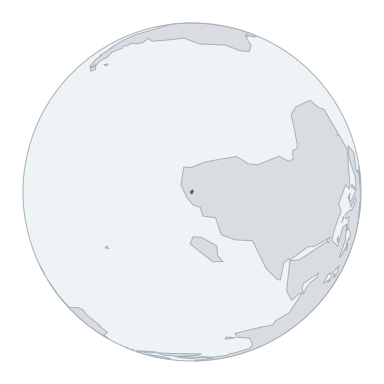 Mafeteng highlighted on a globe, orthographic projection, rotated 103°
{"feature_id": "LSO-3453", "entity_name": "Mafeteng", "entity_type": "District", "adm_level": 1, "iso_a3": "LSO", "parent_name": "Lesotho", "parent_adm1": "", "projection": "orthographic", "projection_center": [27.626, -29.78], "detail": "fine", "context": "on_globe", "style": "filled", "palette": "green", "viewbox_px": 384, "rotation_deg": 103, "n_neighbors": 0, "source": "natural_earth", "source_scale": "10m", "svg_char_len": 5248}
<svg xmlns="http://www.w3.org/2000/svg" viewBox="0 0 384 384"><g transform="rotate(103 192 192)"><circle cx="192" cy="192" r="169" fill="#eef3f6" stroke="#a8b0b8"/><path d="M24.7,168.5L24.7,169.1L26.6,165.2L27.1,169.5L26.5,174.4L27.9,172.7L27.9,175.2L36.0,167.4L42.3,167.9L43.6,177.0L41.3,192.3L46.1,218.3L43.8,234.4L47.8,245.2L54.1,264.5L52.1,269.0L57.5,273.5L60.4,280.1L60.4,283.9L64.5,288.7L64.8,291.4L67.6,292.4L74.1,301.7L79.5,304.7L85.8,311.8L89.3,313.3L89.4,314.4L91.2,316.4L93.4,317.8L91.1,319.2L83.4,314.8L79.1,310.8L79.1,311.9L69.2,302.0L71.6,305.1L59.9,293.6L51.2,281.8L34.5,252.3L32.8,248.4L32.7,248.4L28.7,235.5L25.8,222.3L23.9,209.0L23.1,195.5L23.3,182.0L24.7,168.5ZM97.1,317.8L92.3,319.7L94.0,318.2L90.1,314.1L94.5,313.9L97.1,317.8ZM87.7,306.3L86.1,302.6L87.3,302.6L88.6,305.2L87.7,306.3ZM178.8,23.6L172.8,24.5L167.7,25.2L166.6,25.0L178.8,23.6ZM349.3,130.2L354.6,146.2L355.7,150.3L355.1,152.2L354.5,148.8L348.7,133.4L350.2,142.3L354.7,156.7L356.3,169.3L354.0,161.5L352.1,150.4L350.0,144.6L348.7,136.3L343.4,121.2L341.0,119.4L339.4,114.6L331.8,101.1L327.2,98.5L321.3,102.9L323.4,115.1L320.0,118.2L308.7,95.5L303.3,83.3L299.4,82.2L287.5,69.9L267.6,62.7L264.6,59.7L260.9,59.7L252.5,55.6L247.9,51.3L242.9,50.6L255.2,62.4L260.5,63.5L264.8,60.9L267.2,65.0L275.2,70.6L266.9,77.6L237.0,81.1L233.9,72.1L210.2,49.5L210.8,47.6L210.7,47.3L210.4,46.9L208.4,50.1L204.3,46.5L217.2,60.3L219.4,66.8L236.6,81.6L235.1,82.8L240.5,86.5L257.9,86.2L258.0,89.2L249.9,102.6L225.8,122.0L228.9,139.0L227.0,153.9L211.8,163.3L213.0,176.1L205.1,180.3L204.5,187.9L198.1,196.1L187.5,204.3L169.5,205.7L168.5,198.5L159.7,185.8L147.4,156.8L152.0,142.9L150.5,133.5L137.5,115.4L140.3,104.4L136.8,100.8L129.6,103.4L125.6,99.4L121.2,100.4L93.9,112.8L85.7,110.0L75.9,97.6L80.9,88.8L81.9,81.9L116.2,49.6L123.4,48.0L150.2,39.6L153.6,39.6L150.3,43.9L170.3,46.4L177.0,42.4L195.3,44.7L207.5,45.0L212.1,37.9L192.0,37.1L188.7,34.0L204.9,31.8L222.4,33.8L221.7,32.7L210.7,29.5L214.8,28.5L206.9,28.5L210.1,29.6L205.2,29.8L202.0,28.9L203.6,28.4L198.3,27.9L192.1,31.0L194.6,32.4L180.8,33.4L183.6,36.1L179.8,37.7L173.6,33.9L174.3,32.4L162.5,30.3L160.5,31.8L171.5,34.1L168.0,34.1L165.4,36.9L164.6,34.9L153.2,32.6L140.8,36.1L124.7,46.0L117.5,48.9L111.6,50.1L117.6,43.0L133.1,37.3L135.4,35.4L132.5,35.0L137.5,33.5L138.2,32.9L144.0,31.2L152.5,28.3L158.5,27.1L162.0,25.8L165.6,25.2L162.4,25.9L163.5,26.1L178.4,24.4L181.3,24.0L182.4,23.5L186.4,23.4L185.5,23.2L194.2,23.1L191.7,23.0L203.6,23.4L215.5,24.7L227.2,26.7L238.7,29.6L250.0,33.3L261.1,37.8L271.8,43.0L282.0,49.0L291.9,55.7L301.2,63.1L310.0,71.1L318.3,79.7L325.9,88.9L332.8,98.6L339.0,108.7L344.5,119.3L349.3,130.2ZM104.4,62.0L103.4,64.0L104.4,62.0ZM241.2,40.7L251.6,43.4L246.6,38.7L250.2,39.5L247.1,37.7L246.2,38.3L238.7,34.2L243.0,34.5L241.6,33.2L238.0,32.3L231.3,32.5L241.9,38.2L239.7,39.1L241.2,40.7ZM136.5,32.4L138.2,31.9L135.8,32.8L128.3,35.6L131.6,34.2L135.1,32.9L136.5,32.4ZM144.6,29.8L143.7,30.1L147.2,29.6L145.4,30.5L132.4,34.5L137.7,32.5L135.5,33.1L141.5,30.9L141.9,30.6L144.6,29.8ZM157.5,37.7L160.1,37.5L164.2,36.8L162.6,38.8L157.5,37.7ZM149.5,36.1L151.8,35.5L151.6,37.5L148.9,37.9L149.5,36.1ZM153.3,33.7L152.0,35.3L151.1,34.7L153.3,33.7ZM164.7,25.5L167.2,25.1L167.4,25.2L165.9,25.6L164.7,25.5ZM208.6,38.8L205.0,40.0L203.2,39.2L204.8,39.0L208.6,38.8ZM182.6,38.4L188.5,39.2L182.1,39.0L182.6,38.4ZM265.7,260.4L266.0,263.9L263.8,263.1L265.7,260.4ZM255.3,155.9L243.1,182.1L235.3,181.0L234.2,172.2L238.9,155.8L248.1,152.7L252.7,146.3L255.3,155.9ZM358.6,218.3L358.2,221.9L358.0,222.5L358.6,218.3ZM359.1,212.8L359.0,216.4L358.8,213.7L359.1,212.8ZM358.4,221.3L358.8,217.8L358.6,219.9L358.6,220.1L358.4,221.3ZM359.1,210.6L357.2,198.3L355.9,191.8L356.6,190.3L358.7,198.5L359.1,210.6ZM356.5,189.9L354.0,175.7L347.6,146.3L350.0,149.8L356.1,171.7L355.8,173.3L357.3,183.1L356.5,189.9ZM361.0,193.0L360.9,194.2L360.5,200.1L359.9,192.8L359.3,188.7L359.0,178.3L359.2,175.2L359.8,177.8L360.1,175.2L361.0,193.0ZM324.1,116.7L327.8,126.4L325.7,126.2L324.1,116.7ZM300.8,321.3L298.3,323.3L299.7,322.0L306.0,316.6L303.1,319.3L300.8,321.3ZM310.4,312.6L314.5,308.2L322.5,299.2L322.3,299.2L325.2,296.0L323.5,297.6L328.3,291.3L332.0,285.6L330.3,276.7L331.6,271.3L334.9,267.9L343.3,250.9L343.2,252.5L347.8,242.8L350.8,245.8L354.2,239.5L354.0,240.1L350.1,251.6L345.4,262.9L339.8,273.8L333.5,284.3L326.5,294.2L318.8,303.7L310.4,312.6ZM357.4,226.5L357.4,226.4L357.4,226.5ZM360.1,209.1L360.0,210.2L360.1,208.3L360.7,200.8L360.8,199.8L360.1,209.1Z" fill="#d9dde1" stroke="#a8b0b8" stroke-width="1"/><path d="M190.6,191.5L190.7,191.4L190.8,191.4L191.0,191.3L191.2,191.2L191.3,191.2L191.3,191.3L191.4,191.5L191.5,191.6L191.8,191.6L192.0,191.7L192.0,191.8L192.1,192.0L192.3,192.1L192.5,192.1L192.8,192.2L192.9,192.3L193.0,192.3L193.1,192.5L193.0,192.4L192.9,192.4L192.7,192.3L192.7,192.5L192.6,192.4L192.5,192.5L192.4,192.5L192.2,192.5L192.0,192.4L191.9,192.5L191.9,192.4L191.8,192.5L191.7,192.6L191.6,192.8L191.5,192.7L191.4,192.7L191.3,192.4L191.4,192.2L191.3,192.3L191.2,192.3L190.9,192.4L190.6,191.9L190.5,191.7L190.4,191.7L190.5,191.5L190.6,191.5ZM193.2,191.8L193.3,191.8L193.5,191.8L193.5,192.0L193.6,192.3L193.7,192.5L193.6,192.4L193.4,192.4L193.3,192.2L193.2,192.1L193.2,191.9L193.2,191.8Z" fill="#22c55e" stroke="#15803d" stroke-width="1.5"/></g></svg>